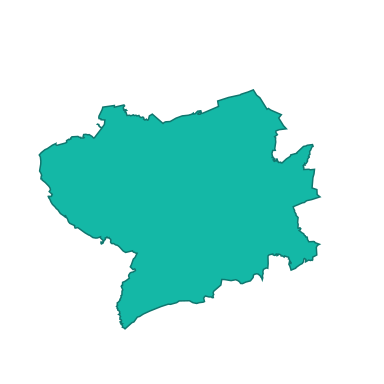 Strugari, Bacau, Romania (Robinson projection), rotated 152°
{"feature_id": "2599482B25592261282665", "entity_name": "Strugari", "entity_type": "district", "adm_level": 2, "iso_a3": "ROU", "parent_name": "Romania", "parent_adm1": "Bacau", "projection": "robinson", "projection_center": [26.748, 46.532], "detail": "fine", "context": "isolated", "style": "filled", "palette": "teal", "viewbox_px": 384, "rotation_deg": 152, "n_neighbors": 0, "source": "geoboundaries", "source_scale": "gbopen_adm2", "svg_char_len": 5992}
<svg xmlns="http://www.w3.org/2000/svg" viewBox="0 0 384 384"><g transform="rotate(152 192 192)"><path d="M309.5,296.4L309.4,294.2L311.0,290.2L312.5,287.6L316.7,282.1L316.6,278.9L317.1,276.9L317.7,276.7L319.2,274.6L318.5,274.2L318.7,272.9L317.1,269.3L315.6,264.0L315.5,261.9L316.0,260.3L317.9,259.4L316.5,255.6L317.3,255.2L317.5,254.5L318.6,254.2L319.3,254.9L320.4,254.4L320.7,254.8L320.6,255.5L321.0,255.6L321.2,253.9L320.9,252.3L321.2,249.3L321.0,246.4L320.0,243.4L319.6,241.0L318.8,239.3L318.3,234.8L316.0,230.4L315.0,230.6L314.7,229.9L315.8,229.7L314.5,227.4L315.0,223.8L314.6,221.7L311.4,217.4L312.0,216.4L312.1,215.0L309.6,214.2L309.2,213.5L305.7,206.3L303.4,202.5L302.7,201.9L300.9,198.3L298.6,196.5L297.0,195.8L293.8,195.4L294.4,194.5L293.2,190.6L294.9,189.4L295.7,190.6L296.4,189.7L296.4,188.7L294.7,188.6L292.3,190.5L291.0,190.7L291.0,191.2L290.3,191.4L290.0,192.2L289.2,191.8L288.2,192.2L287.8,190.9L286.6,190.7L286.8,190.0L286.1,188.6L286.2,187.6L287.4,186.1L287.4,185.0L286.9,184.0L285.3,183.2L284.3,181.2L282.8,179.9L281.9,177.8L280.5,172.3L279.0,169.8L272.2,168.0L272.4,167.6L271.7,166.1L271.2,165.9L270.5,164.6L269.2,163.7L273.1,160.9L275.3,160.3L279.7,156.2L281.6,154.9L280.5,151.2L278.7,151.0L278.5,150.3L278.8,149.2L281.4,149.0L283.6,149.6L284.8,149.5L286.9,148.3L287.4,147.6L287.8,145.3L292.7,144.6L295.7,144.8L297.3,142.1L298.0,142.5L298.8,141.9L299.0,138.6L299.4,137.8L300.3,137.4L302.2,134.0L303.4,133.8L303.9,132.4L306.1,131.0L306.0,130.4L309.1,129.2L309.9,129.3L310.8,127.9L310.7,127.1L312.4,126.4L312.0,125.3L312.7,124.5L312.3,123.9L312.8,123.2L312.9,122.3L312.3,121.7L312.1,120.0L312.8,119.2L312.8,118.5L314.2,118.3L313.6,117.6L313.6,115.5L314.4,115.2L315.4,113.4L314.5,112.5L314.5,111.7L315.0,111.0L316.0,111.2L315.7,110.3L316.6,110.3L316.6,109.8L315.6,108.6L316.6,108.8L316.7,108.3L316.1,107.4L316.1,106.7L316.3,105.9L317.0,105.3L315.9,104.0L315.4,102.6L306.5,104.8L304.2,104.6L299.0,107.2L296.6,106.7L292.2,107.1L285.2,106.7L273.1,105.4L265.6,104.1L263.7,102.9L257.5,101.5L254.4,101.8L245.3,97.2L243.2,93.9L240.2,91.4L237.6,90.9L233.9,89.5L232.4,89.4L231.6,92.7L230.4,93.5L229.0,93.9L226.2,91.3L224.3,90.4L223.8,89.2L222.7,88.8L222.2,90.6L221.0,91.2L220.7,93.1L219.4,94.2L210.2,96.3L206.8,100.8L204.2,99.3L199.1,95.4L194.5,94.0L192.9,91.9L192.2,90.3L192.0,88.4L190.4,87.4L186.8,87.2L182.1,86.1L178.2,87.8L176.7,89.8L175.5,90.0L173.2,89.4L172.0,88.3L171.0,85.6L171.1,84.3L170.8,83.6L171.1,81.6L169.8,83.0L169.2,84.9L167.4,86.7L166.9,88.3L165.3,90.1L162.6,90.1L161.4,89.7L160.9,89.1L158.4,93.0L155.3,99.2L154.7,100.0L153.3,100.3L149.7,99.3L149.9,98.4L148.8,97.2L147.6,97.0L147.3,97.6L146.4,97.6L146.1,97.2L146.7,95.9L145.7,95.9L145.7,96.9L144.8,96.6L143.2,95.1L143.3,93.6L142.2,93.2L141.2,91.3L140.3,92.0L137.4,89.1L137.5,88.2L138.1,87.7L137.7,87.4L138.0,85.1L137.7,84.4L138.1,83.7L137.7,83.0L138.3,82.4L139.0,83.2L139.1,84.2L140.4,82.7L140.4,80.5L141.2,76.5L136.2,76.0L135.8,76.4L131.1,77.1L128.0,77.1L127.3,77.8L126.3,77.9L124.8,80.2L124.0,80.5L123.1,79.0L124.4,77.0L121.0,77.1L119.4,75.8L118.6,75.9L118.0,75.2L117.3,75.4L116.0,77.8L111.4,77.8L108.2,84.8L106.3,86.0L104.0,86.0L107.1,89.5L107.2,90.6L107.8,91.2L112.2,93.2L112.3,96.1L111.7,97.2L111.6,98.3L112.6,98.7L112.6,100.3L113.1,101.0L113.0,102.8L113.8,103.9L115.5,107.7L114.3,107.8L113.2,108.5L113.5,109.7L114.9,110.0L115.4,110.5L113.4,113.7L113.1,115.4L110.3,119.7L111.1,122.5L110.5,123.7L110.7,126.6L110.0,127.7L110.1,129.3L109.5,131.5L99.5,130.6L97.8,130.0L94.9,130.5L89.8,129.1L81.3,127.6L82.7,131.0L80.6,135.5L84.1,139.2L78.5,147.9L75.8,150.7L73.2,154.5L77.2,156.1L78.0,157.1L82.8,159.4L81.9,160.7L82.1,161.3L81.5,162.2L81.6,163.0L80.5,163.3L79.9,162.9L80.0,163.6L79.3,163.5L79.1,164.0L78.9,163.5L78.0,163.6L75.7,164.8L75.7,165.4L74.9,165.9L74.6,166.8L72.7,167.6L72.4,168.1L72.1,167.9L71.9,168.5L72.3,168.9L71.2,169.8L70.3,169.8L69.1,172.6L67.7,173.2L64.9,175.5L63.8,175.4L63.5,175.6L63.7,177.0L62.8,177.1L68.4,179.2L69.6,179.1L72.2,179.9L81.0,177.5L81.2,177.0L87.4,178.4L88.6,177.3L93.1,176.9L98.8,175.4L99.7,175.9L99.7,176.7L101.7,177.4L101.9,178.1L101.6,178.6L101.9,179.0L101.4,181.1L102.2,181.5L102.4,180.4L102.9,180.0L103.1,180.7L103.4,180.7L103.3,180.2L105.0,180.4L105.1,180.9L104.2,182.0L105.2,182.2L105.1,182.5L103.8,182.4L103.7,182.7L103.9,183.9L105.0,184.8L104.0,185.4L104.1,186.1L103.4,188.4L101.2,190.8L98.9,189.7L98.6,191.4L94.6,196.8L93.4,199.7L92.7,200.4L93.1,202.0L89.7,202.5L90.0,205.5L89.1,206.5L85.8,206.1L79.0,203.5L80.1,207.6L80.7,216.6L76.8,218.3L84.1,227.5L85.3,229.9L86.9,229.8L87.8,243.3L89.5,247.1L89.9,253.4L95.6,254.0L102.8,255.3L103.9,255.1L115.3,258.3L126.6,260.3L128.4,255.1L145.4,256.5L147.6,257.1L148.3,256.8L150.1,257.7L150.2,258.3L148.4,258.7L146.4,258.2L146.1,259.6L149.1,260.7L152.6,259.6L154.3,260.3L153.9,261.0L156.0,260.8L159.2,261.5L164.9,263.8L171.4,264.7L178.2,264.5L182.2,266.3L183.8,266.5L185.4,266.1L190.5,279.4L193.9,279.2L196.5,276.4L197.4,276.2L197.7,276.4L198.0,277.7L199.6,277.6L200.0,277.9L200.5,279.1L200.0,279.2L199.8,280.6L200.3,281.3L202.0,281.6L202.9,283.1L202.9,284.5L205.0,285.0L205.4,286.1L207.2,286.6L207.4,287.5L207.8,287.8L208.3,287.6L210.5,288.1L210.9,289.0L213.5,290.1L212.9,293.0L213.6,294.2L213.1,294.7L211.5,294.7L211.9,295.3L211.7,295.7L213.8,296.3L213.8,296.8L213.2,297.3L213.4,298.0L212.7,299.2L211.1,299.7L211.2,300.8L220.7,303.3L219.9,304.8L230.9,308.8L232.6,307.0L238.5,302.7L239.5,301.2L239.6,300.3L238.1,299.5L238.4,298.5L235.1,296.5L237.6,292.8L240.9,291.1L241.8,291.5L242.8,293.0L242.9,294.7L242.6,295.3L243.6,296.3L243.8,296.2L242.8,295.4L243.2,294.1L242.5,291.9L241.1,291.0L252.7,285.7L253.6,285.9L254.2,288.0L255.9,291.0L257.0,291.3L258.7,292.8L260.7,293.6L262.1,292.1L261.7,290.6L262.3,290.6L264.9,291.9L264.6,292.5L265.8,293.2L266.6,294.6L272.1,297.1L273.9,296.5L273.9,295.8L275.8,295.8L276.0,296.4L278.3,296.3L278.8,296.1L279.2,294.8L280.4,294.6L289.4,296.6L289.9,297.5L289.9,298.3L289.5,298.7L293.1,298.9L299.4,298.2L301.9,298.4L306.7,297.5L309.5,296.4Z" fill="#14b8a6" stroke="#0f766e" stroke-width="1.5"/></g></svg>